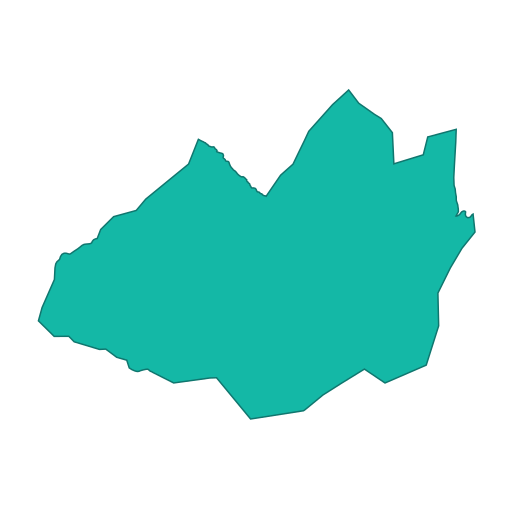 Zag, Bayanhongor, Mongolia (Albers equal-area conic projection), rotated 268°
{"feature_id": "93677404B97926170794637", "entity_name": "Zag", "entity_type": "district", "adm_level": 2, "iso_a3": "MNG", "parent_name": "Mongolia", "parent_adm1": "Bayanhongor", "projection": "albers", "projection_center": [99.297, 46.924], "detail": "fine", "context": "isolated", "style": "filled", "palette": "teal", "viewbox_px": 512, "rotation_deg": 268, "n_neighbors": 0, "source": "geoboundaries", "source_scale": "gbopen_adm2", "svg_char_len": 3268}
<svg xmlns="http://www.w3.org/2000/svg" viewBox="0 0 512 512"><g transform="rotate(268 256 256)"><path d="M339.3,457.4L362.8,459.6L375.6,460.5L369.0,431.8L351.3,426.7L343.3,397.0L374.5,396.6L389.0,386.0L393.4,379.4L405.1,364.0L418.7,354.4L404.6,337.8L378.8,313.1L369.2,308.2L358.3,302.4L346.5,296.2L335.9,283.4L315.3,268.2L315.9,267.2L315.9,266.4L316.0,266.1L316.4,265.6L316.6,265.1L317.2,264.4L317.9,264.0L318.1,263.1L318.3,262.7L318.5,262.3L319.1,262.0L319.5,261.6L319.8,261.1L320.0,259.9L320.3,259.4L321.0,259.0L321.8,258.7L322.8,258.3L323.6,257.6L323.8,257.1L323.9,256.6L324.1,256.0L324.1,255.2L324.2,254.1L324.6,253.7L325.2,253.4L326.0,253.1L326.3,252.8L326.7,252.6L327.2,252.4L327.9,252.3L328.4,252.1L328.7,251.8L329.0,251.3L329.6,250.7L330.2,250.5L330.6,249.8L331.1,249.5L331.7,249.3L332.5,249.4L332.9,248.9L333.6,248.3L334.3,247.7L335.2,246.7L335.7,245.8L335.6,245.3L335.6,244.6L335.7,244.0L336.5,242.8L337.1,242.0L337.9,241.1L339.1,240.0L340.3,239.3L341.2,238.4L342.0,237.7L342.6,236.6L343.2,236.1L344.3,235.4L344.9,234.7L346.6,233.6L348.1,233.0L348.9,232.7L349.8,232.5L350.8,232.1L351.3,231.7L351.6,230.9L351.7,229.9L351.9,229.4L352.3,228.9L353.0,228.7L353.4,228.5L353.7,228.2L354.2,227.8L354.6,227.2L355.2,226.7L355.6,226.6L356.0,226.6L356.8,226.9L357.4,227.0L358.0,226.9L358.7,226.6L359.3,226.4L359.6,225.9L359.8,225.4L360.1,224.4L360.3,223.6L360.6,222.9L360.8,222.2L361.1,221.6L361.4,220.8L361.6,220.4L361.8,220.3L362.4,220.6L362.8,220.7L363.3,220.4L363.9,219.9L364.2,219.4L364.6,218.9L365.0,218.6L365.5,218.5L365.8,218.3L366.3,218.0L366.5,217.5L366.6,217.1L366.5,216.5L366.5,215.4L366.8,214.6L367.2,213.7L367.4,213.0L367.7,212.6L368.1,212.3L368.6,211.8L369.0,211.7L369.3,211.2L369.7,210.4L370.2,209.9L370.8,209.5L371.1,208.6L371.5,208.0L371.8,207.6L372.2,206.9L372.4,206.4L372.7,205.8L373.2,204.9L373.5,204.2L373.9,203.8L374.1,203.4L374.4,202.8L374.6,202.5L374.2,202.3L361.1,196.6L350.2,191.8L340.4,178.9L316.7,147.8L305.7,137.9L300.3,115.1L287.9,101.7L279.0,97.9L278.7,96.2L278.2,95.0L277.8,94.2L276.3,92.9L275.0,92.3L274.3,91.3L274.0,89.9L273.9,87.7L273.8,86.2L273.6,84.5L272.7,82.6L269.5,78.3L267.2,74.5L264.7,70.7L264.4,69.7L264.8,68.2L265.3,66.8L265.5,65.2L265.4,64.1L264.4,62.1L262.3,60.6L259.5,59.6L257.1,56.8L255.1,55.6L251.1,54.7L239.5,53.7L211.9,40.4L198.8,36.3L182.7,51.5L182.3,66.1L176.6,71.3L168.1,96.3L168.2,102.6L159.6,113.3L156.4,123.2L148.6,125.4L146.9,127.8L146.2,129.2L145.4,130.9L144.9,132.5L144.7,133.8L144.9,135.2L145.4,136.4L146.1,139.2L146.6,142.0L146.7,143.4L146.4,144.4L145.4,145.4L144.5,146.4L144.1,147.5L143.1,149.1L132.0,169.3L135.7,205.6L135.7,212.3L93.3,244.9L99.7,298.1L100.5,299.4L114.8,318.1L125.6,336.5L139.2,360.4L124.6,380.5L141.0,422.3L179.8,436.1L212.6,436.5L237.3,449.8L256.5,462.1L272.3,475.7L290.3,474.4L289.8,473.5L289.0,472.7L288.3,472.3L287.3,471.3L287.0,470.1L286.9,468.9L287.8,467.6L288.7,467.0L290.0,466.7L291.5,466.8L292.5,467.0L293.1,466.9L293.6,466.1L293.7,465.2L293.5,464.3L292.9,463.1L291.8,462.1L290.3,460.9L289.4,459.4L288.9,458.0L289.0,457.3L293.2,459.8L296.2,459.8L297.6,459.6L300.0,459.4L302.7,458.6L304.0,458.2L305.2,458.1L308.2,458.2L310.2,457.9L312.4,457.6L316.0,457.4L318.5,456.7L319.8,456.4L322.6,456.4L327.5,456.4L339.3,457.4Z" fill="#14b8a6" stroke="#0f766e" stroke-width="1.5"/></g></svg>